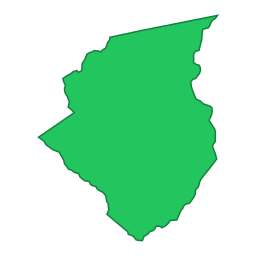 Capinzal do Norte, Maranhão, Brazil
{"feature_id": "56859067B19446581324934", "entity_name": "Capinzal do Norte", "entity_type": "district", "adm_level": 2, "iso_a3": "BRA", "parent_name": "Brazil", "parent_adm1": "Maranhão", "projection": "orthographic", "projection_center": [-44.307, -4.686], "detail": "fine", "context": "isolated", "style": "filled", "palette": "green", "viewbox_px": 256, "rotation_deg": 0, "n_neighbors": 0, "source": "geoboundaries", "source_scale": "gbopen_adm2", "svg_char_len": 1981}
<svg xmlns="http://www.w3.org/2000/svg" viewBox="0 0 256 256"><path d="M128.3,234.3L132.1,235.5L134.3,237.3L136.0,239.8L138.4,240.4L142.4,240.6L143.2,238.5L144.0,236.4L146.4,234.9L148.2,233.8L149.8,231.6L153.6,230.4L154.9,228.8L155.9,226.3L159.9,226.2L162.0,227.8L166.0,225.5L168.5,223.0L170.2,220.4L176.8,220.0L180.9,210.5L182.6,208.7L183.4,206.4L185.6,204.1L189.3,203.4L192.5,199.2L194.1,196.6L195.4,193.8L195.5,189.8L197.5,187.9L198.7,185.9L199.2,183.6L200.0,181.0L201.9,177.9L203.9,175.5L205.2,173.8L207.4,171.0L209.1,169.0L212.5,164.5L215.1,161.2L216.7,159.0L215.2,153.4L212.6,147.0L213.0,144.6L215.3,141.5L215.3,138.6L215.4,133.9L215.4,131.5L214.6,128.9L212.7,126.0L209.1,120.3L210.0,118.3L211.5,115.0L212.2,111.3L211.9,107.7L210.3,106.3L206.4,104.9L203.0,103.7L200.0,100.8L196.0,99.1L192.3,89.7L191.3,86.4L190.8,82.1L192.6,79.4L195.5,78.5L199.3,73.8L200.5,70.5L200.1,67.0L199.0,65.1L196.3,64.5L193.4,62.2L193.7,59.4L193.6,54.2L195.4,51.3L199.0,50.5L199.5,48.5L200.5,44.4L201.7,39.8L202.3,31.3L203.2,29.1L208.2,27.9L209.8,25.8L210.6,23.3L212.4,20.4L215.4,18.3L217.5,15.4L141.1,30.6L109.9,37.3L109.6,40.3L107.5,42.6L106.7,45.5L105.5,48.3L103.0,49.6L101.0,51.8L97.7,50.9L94.0,50.7L92.1,51.9L89.9,52.5L87.1,54.0L85.6,57.4L84.9,59.6L82.9,62.1L82.1,64.2L82.0,67.8L81.6,70.7L78.7,72.4L76.8,70.5L73.1,71.7L70.6,73.9L68.4,74.8L65.2,76.9L62.9,78.5L63.6,81.5L65.4,85.3L64.5,88.8L64.7,91.5L65.9,94.4L67.3,96.4L68.4,99.5L69.4,102.1L68.5,105.1L68.2,107.3L70.4,108.8L71.9,110.2L74.2,112.7L38.5,137.2L41.9,139.6L43.9,141.1L45.9,144.5L47.8,146.1L49.5,147.3L52.3,149.4L57.4,151.5L59.5,152.3L60.4,154.5L62.4,157.7L63.9,160.7L64.6,164.0L66.7,166.3L68.6,169.3L71.6,170.1L74.2,172.4L78.5,173.5L80.1,177.1L82.3,178.9L84.7,180.8L87.1,181.1L89.2,181.6L90.6,184.6L92.9,185.8L95.8,186.6L97.6,189.5L99.8,190.8L103.1,192.5L105.6,195.5L106.2,198.0L106.7,201.5L108.3,203.7L108.3,207.0L108.9,209.0L108.2,211.3L106.9,214.3L127.8,231.8L128.3,234.3Z" fill="#22c55e" stroke="#15803d" stroke-width="1.5"/></svg>